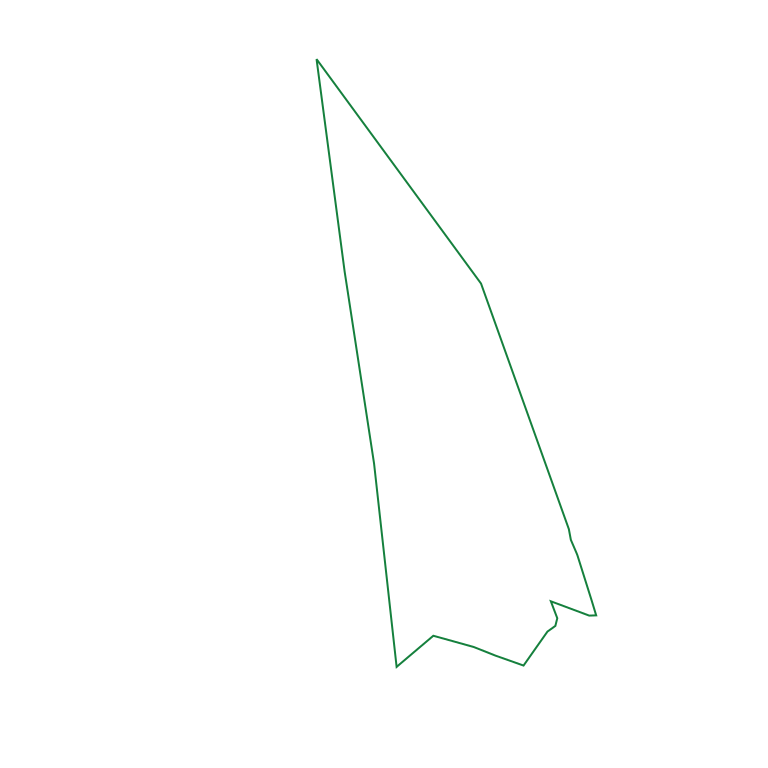 outline of Oualata, Hodh ech Chargui, Mauritania, rotated 329°
{"feature_id": "47542326B56395627841614", "entity_name": "Oualata", "entity_type": "district", "adm_level": 2, "iso_a3": "MRT", "parent_name": "Mauritania", "parent_adm1": "Hodh ech Chargui", "projection": "robinson", "projection_center": [-7.469, 19.742], "detail": "fine", "context": "isolated", "style": "outline", "palette": "green", "viewbox_px": 768, "rotation_deg": 329, "n_neighbors": 0, "source": "geoboundaries", "source_scale": "gbopen_adm2", "svg_char_len": 465}
<svg xmlns="http://www.w3.org/2000/svg" viewBox="0 0 768 768"><g transform="rotate(329 384 384)"><path d="M360.5,383.7L334.5,447.1L249.1,633.0L253.7,632.2L296.6,625.2L325.5,655.7L339.7,674.3L358.6,697.2L378.7,688.3L396.6,680.4L406.3,679.6L411.9,674.0L415.1,656.2L440.6,688.2L446.7,691.6L450.5,676.5L461.6,630.3L462.0,627.8L463.9,613.8L467.7,603.6L518.9,347.9L493.5,70.8L408.1,267.5L400.5,286.1L360.5,383.7Z" fill="none" stroke="#15803d" stroke-width="2"/></g></svg>